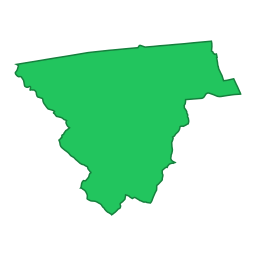 Straja, Suceava, Romania
{"feature_id": "2599482B93215952013067", "entity_name": "Straja", "entity_type": "district", "adm_level": 2, "iso_a3": "ROU", "parent_name": "Romania", "parent_adm1": "Suceava", "projection": "orthographic", "projection_center": [25.518, 47.9], "detail": "fine", "context": "isolated", "style": "filled", "palette": "green", "viewbox_px": 256, "rotation_deg": 0, "n_neighbors": 0, "source": "geoboundaries", "source_scale": "gbopen_adm2", "svg_char_len": 5684}
<svg xmlns="http://www.w3.org/2000/svg" viewBox="0 0 256 256"><path d="M236.3,84.4L233.7,78.8L230.6,79.5L226.6,80.4L223.5,80.7L223.1,79.2L222.3,76.6L221.9,75.4L221.0,73.7L218.7,68.8L218.2,66.2L217.9,65.9L217.7,64.4L217.5,62.5L216.6,57.6L217.1,57.4L216.4,54.0L214.5,54.3L213.9,53.5L213.4,53.4L213.2,52.9L212.8,51.9L211.5,51.1L211.9,46.5L211.8,43.3L211.4,41.2L193.5,42.8L183.7,43.8L175.0,44.5L167.4,45.2L166.2,45.3L159.6,45.8L153.9,46.4L145.1,47.1L140.4,45.4L139.4,45.5L137.9,47.7L127.7,48.6L117.2,49.6L113.0,50.0L109.4,50.3L96.3,51.7L88.0,52.6L79.1,54.1L64.7,56.5L54.5,58.1L21.9,63.5L16.5,64.4L17.3,64.8L18.1,65.4L18.4,65.7L18.4,65.9L18.3,66.4L18.0,67.3L17.6,68.7L17.2,69.9L16.3,71.4L15.4,72.4L15.4,73.2L15.5,73.8L15.7,74.1L16.6,75.3L17.5,76.1L18.3,76.6L18.8,76.7L20.6,76.6L20.9,76.7L21.3,76.9L22.4,78.6L23.1,79.6L23.5,80.3L23.7,81.0L23.9,81.9L24.5,85.4L24.9,86.3L26.0,87.0L26.6,87.2L27.2,87.3L27.4,87.2L27.9,87.2L28.5,87.0L29.5,86.5L30.0,86.5L30.4,86.7L30.6,87.3L30.5,88.1L30.1,89.5L30.1,89.8L30.1,90.0L30.4,90.1L31.0,89.9L31.7,89.8L32.3,90.0L33.2,89.9L34.6,90.3L35.5,91.2L36.1,92.1L36.3,93.0L36.5,94.5L37.2,96.4L38.0,97.1L39.2,97.4L42.2,98.4L42.7,99.0L42.9,100.2L43.1,101.5L43.6,102.8L44.3,104.0L46.7,107.3L48.1,108.9L49.3,109.3L51.2,109.8L53.2,110.5L54.5,111.4L53.5,112.9L53.7,113.2L54.6,113.8L55.8,115.6L56.6,116.4L57.1,116.5L58.1,116.7L59.6,117.1L61.4,117.6L62.3,118.1L63.0,118.6L63.7,119.2L64.0,119.5L64.4,119.7L65.1,119.8L65.8,120.2L66.6,120.6L66.3,121.2L66.1,121.7L66.1,122.4L66.0,122.8L66.1,123.1L66.6,124.4L67.0,125.2L67.2,125.5L67.7,126.3L68.3,126.8L68.9,127.4L69.4,127.7L69.6,127.8L69.5,128.0L68.6,128.6L68.0,129.0L67.6,129.5L67.0,129.9L66.1,130.4L65.6,130.9L65.2,131.5L64.5,132.5L64.2,132.9L64.0,133.2L64.0,133.3L63.9,133.7L63.8,133.9L63.6,134.1L63.4,134.3L63.0,134.7L62.5,134.8L62.2,135.0L61.9,135.5L61.9,136.3L61.9,137.3L61.8,137.5L61.6,137.4L61.3,137.5L61.1,138.2L60.9,138.4L60.7,138.5L60.4,138.6L60.3,138.8L60.0,139.4L59.8,139.7L59.3,139.9L59.0,140.0L59.0,140.4L59.2,140.8L59.6,141.7L59.9,142.9L60.1,144.3L60.3,145.2L60.6,145.9L61.0,146.7L61.6,147.3L62.1,147.9L63.7,149.2L64.5,149.9L66.3,151.2L67.9,152.4L69.0,153.5L69.8,154.5L70.2,155.0L70.7,155.6L72.3,156.6L73.7,157.4L74.6,158.2L75.5,159.3L77.2,160.7L78.1,161.5L80.1,163.3L81.9,164.3L83.4,164.7L84.1,164.9L84.6,165.2L84.9,165.5L86.0,166.1L86.4,166.3L87.0,166.5L87.4,166.7L87.5,167.0L87.8,168.0L88.0,168.8L89.1,170.3L89.6,170.8L89.9,171.3L90.5,172.0L90.8,172.1L90.9,172.4L90.9,172.8L89.9,173.5L89.7,174.0L89.4,174.5L88.8,176.7L88.7,176.9L88.5,177.3L87.8,178.2L87.1,179.1L86.6,179.6L86.0,180.3L85.5,180.8L85.2,180.8L84.8,180.8L83.4,180.6L82.5,181.7L82.1,182.3L81.9,182.8L81.6,183.7L81.1,187.0L81.0,187.4L80.6,188.0L80.8,188.0L81.2,188.1L81.8,188.3L82.3,188.7L83.0,189.3L83.5,189.6L84.3,190.1L85.0,190.7L85.4,191.2L85.9,192.0L86.2,192.5L87.1,194.5L87.3,195.0L87.3,195.6L87.3,196.8L87.1,198.5L87.2,198.9L88.1,199.5L88.6,199.8L89.4,200.2L90.2,200.6L90.7,200.8L91.2,200.9L92.0,201.0L93.7,201.1L94.6,201.2L95.1,201.3L95.8,201.5L96.5,201.8L97.7,202.4L98.6,203.0L99.5,203.4L100.6,204.1L101.3,204.7L101.4,204.9L102.7,206.9L103.5,207.6L104.0,208.0L104.8,209.3L105.4,210.0L106.1,210.8L107.6,212.1L109.2,212.9L109.8,213.3L110.7,213.8L111.3,214.4L111.7,214.8L111.9,214.6L113.3,213.7L113.9,213.1L114.3,212.9L115.6,211.8L116.5,210.9L117.2,210.2L117.9,209.4L118.4,208.9L118.6,208.8L119.5,208.5L119.9,208.2L120.2,207.6L120.5,206.9L120.6,205.8L120.4,205.4L120.3,205.1L120.1,204.5L120.1,204.1L120.1,203.8L120.3,203.4L120.6,203.1L121.1,202.8L122.0,202.1L122.5,201.7L122.9,201.4L123.3,200.9L123.5,200.6L124.0,200.2L124.5,199.7L124.8,199.4L124.9,199.1L125.0,198.8L125.1,198.0L125.2,197.2L125.5,196.3L125.6,194.9L126.8,195.2L127.1,195.3L127.5,195.4L128.1,195.7L128.4,195.9L128.8,196.0L129.2,196.2L129.4,196.5L129.9,197.0L130.2,197.2L131.7,198.1L132.3,198.5L132.7,198.3L133.6,197.8L134.3,197.5L134.9,197.5L135.5,197.7L136.2,198.2L137.2,198.8L138.6,199.6L140.0,200.6L140.7,200.7L141.6,201.1L142.5,201.6L143.9,202.1L144.2,202.1L145.0,202.0L146.1,202.1L146.3,202.2L146.8,202.5L150.4,203.0L151.2,202.0L151.9,200.7L153.1,197.4L155.1,192.8L156.6,190.0L156.6,189.5L156.7,187.9L156.7,186.3L156.8,185.5L157.0,185.2L157.3,185.0L158.1,184.4L158.7,183.8L160.0,182.4L161.9,180.4L162.2,179.8L162.3,179.3L162.3,178.5L162.4,177.7L162.7,176.8L162.8,176.0L162.9,175.5L162.8,174.6L162.5,173.9L162.2,173.5L162.2,173.0L162.3,172.2L162.2,171.3L162.2,170.6L162.4,170.3L163.5,169.3L165.0,168.0L165.6,167.6L166.4,167.2L167.2,167.4L167.8,165.8L169.4,164.1L171.0,163.5L172.1,163.2L173.2,163.3L173.7,162.9L174.8,162.7L175.1,162.5L174.7,162.3L174.0,162.0L172.5,161.2L171.3,160.0L171.1,159.4L170.7,158.4L170.8,157.7L171.1,156.0L171.1,155.1L171.8,153.3L172.3,150.9L172.4,149.7L172.3,149.1L171.9,146.3L171.8,144.2L171.7,143.0L171.8,142.3L171.9,141.9L172.5,140.5L173.0,138.8L173.1,138.3L172.6,137.1L173.1,136.9L174.1,136.2L174.7,135.6L175.2,134.7L175.7,134.0L176.5,133.2L177.2,132.6L177.9,131.9L178.7,130.9L179.5,129.3L179.8,127.8L180.1,126.6L180.4,126.4L182.0,126.1L183.0,126.3L183.4,126.3L186.2,124.9L187.5,124.0L188.2,123.8L188.7,121.8L188.7,120.6L188.5,119.5L188.3,118.1L188.2,118.0L187.7,117.3L187.5,116.9L187.6,116.4L187.7,115.3L187.6,114.4L187.5,114.1L187.3,114.0L186.9,113.5L186.8,112.8L186.8,111.9L186.5,111.1L185.5,109.4L184.7,108.4L184.3,107.9L184.4,107.0L184.1,105.7L184.4,105.1L184.9,104.3L185.2,103.6L185.5,101.9L185.6,99.6L201.9,98.3L202.2,98.2L202.8,97.9L203.4,97.6L204.1,96.9L205.8,94.2L206.4,93.7L207.2,93.2L207.9,93.0L208.3,93.0L209.3,93.2L211.1,93.8L213.6,94.7L217.4,96.3L219.5,96.6L221.0,96.5L227.2,95.5L232.1,94.8L234.6,94.5L237.9,94.3L240.6,94.1L240.5,93.5L238.5,89.1L237.5,86.8L236.3,84.4Z" fill="#22c55e" stroke="#15803d" stroke-width="1.5"/></svg>